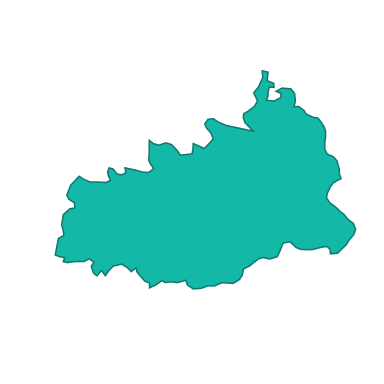 outline of Conselheiro Mairinck, Paraná, Brazil, rotated 255°
{"feature_id": "56859067B52916325925510", "entity_name": "Conselheiro Mairinck", "entity_type": "district", "adm_level": 2, "iso_a3": "BRA", "parent_name": "Brazil", "parent_adm1": "Paraná", "projection": "natural_earth1", "projection_center": [-50.121, -23.586], "detail": "fine", "context": "isolated", "style": "filled", "palette": "teal", "viewbox_px": 384, "rotation_deg": 255, "n_neighbors": 0, "source": "geoboundaries", "source_scale": "gbopen_adm2", "svg_char_len": 2230}
<svg xmlns="http://www.w3.org/2000/svg" viewBox="0 0 384 384"><g transform="rotate(255 192 192)"><path d="M236.8,118.2L233.3,115.7L229.4,115.4L224.5,116.3L223.4,111.7L226.2,103.1L228.0,96.2L232.6,90.4L236.4,87.1L230.0,76.6L221.2,70.2L216.7,71.3L212.0,75.7L206.9,74.7L207.4,69.7L203.6,62.0L194.1,57.6L188.4,57.6L183.2,57.0L181.8,51.0L166.6,43.6L163.6,47.7L161.6,52.0L158.0,49.6L156.0,53.5L155.2,60.4L152.8,69.7L154.0,75.4L149.7,79.0L146.2,75.4L139.2,75.9L135.6,78.5L139.6,84.3L133.6,86.6L137.8,91.7L140.8,96.7L140.6,105.2L136.0,109.8L130.8,112.7L133.2,118.2L128.8,118.2L123.7,120.6L118.0,123.4L115.2,127.5L110.4,126.1L111.6,133.0L114.2,140.0L111.4,142.8L110.8,148.2L108.2,154.5L108.4,163.1L103.2,163.6L98.0,168.2L96.6,176.0L97.2,183.2L95.5,189.2L96.6,197.5L93.1,208.3L95.2,215.2L98.6,219.0L104.3,221.9L105.7,228.6L108.0,233.6L110.3,239.4L110.2,243.9L107.1,249.8L107.5,257.7L112.4,261.8L119.2,266.9L118.4,273.9L111.4,278.2L108.4,282.3L106.8,287.3L105.2,293.4L105.1,303.6L104.3,308.4L100.9,310.5L96.4,309.8L95.2,316.8L97.9,321.5L101.1,327.3L104.7,331.1L109.0,337.2L113.6,340.4L119.9,339.7L125.1,335.6L131.4,332.8L135.0,329.9L139.2,327.6L146.0,322.3L151.4,320.4L155.6,322.3L161.2,327.0L164.0,330.4L165.4,334.7L166.3,339.5L170.8,339.0L176.2,340.2L180.8,340.1L184.6,340.1L189.6,337.5L193.5,332.5L198.6,331.3L205.5,333.1L210.1,335.1L216.6,336.8L221.3,336.4L225.8,334.9L230.9,332.8L232.5,328.7L237.9,322.3L242.0,321.2L246.9,317.2L248.0,312.7L253.5,315.5L260.5,316.6L266.1,314.2L269.1,305.8L267.5,299.3L264.3,303.4L260.3,302.4L258.6,295.1L261.3,287.6L264.9,290.2L269.5,291.6L273.3,293.8L271.9,298.3L275.8,299.1L280.1,293.4L288.1,296.5L290.9,291.2L284.3,290.0L276.3,283.5L271.9,277.3L263.1,278.8L258.7,274.7L255.4,266.8L254.3,262.3L250.7,260.8L245.4,261.1L235.0,266.8L243.3,250.3L247.2,242.6L252.9,235.3L257.2,231.7L258.1,226.4L254.5,221.9L250.3,222.5L244.1,225.5L237.8,226.2L234.7,221.6L230.9,215.2L238.5,205.7L233.7,204.2L228.8,201.9L230.6,190.3L236.0,188.4L243.1,184.5L246.2,179.6L245.8,172.0L248.9,167.0L253.0,164.1L239.9,160.5L234.0,158.3L229.4,159.2L224.6,161.2L222.1,155.2L224.0,149.4L227.7,143.3L232.7,133.5L227.6,133.1L226.8,128.4L228.8,124.2L234.6,121.8L236.8,118.2Z" fill="#14b8a6" stroke="#0f766e" stroke-width="1.5"/></g></svg>